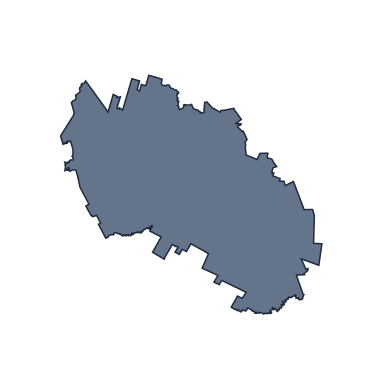 General Terán, Nuevo León, Mexico, rotated 21°
{"feature_id": "50627088B34198183726850", "entity_name": "General Terán", "entity_type": "district", "adm_level": 2, "iso_a3": "MEX", "parent_name": "Mexico", "parent_adm1": "Nuevo León", "projection": "mercator", "projection_center": [-99.219, 25.27], "detail": "fine", "context": "isolated", "style": "filled", "palette": "slate", "viewbox_px": 384, "rotation_deg": 21, "n_neighbors": 0, "source": "geoboundaries", "source_scale": "gbopen_adm2", "svg_char_len": 6063}
<svg xmlns="http://www.w3.org/2000/svg" viewBox="0 0 384 384"><g transform="rotate(21 192 192)"><path d="M189.5,107.5L182.9,106.3L181.4,106.4L175.6,103.6L173.9,102.6L171.7,103.7L174.6,113.7L171.3,115.3L170.9,114.2L169.2,114.3L168.8,113.5L164.4,113.7L163.1,113.4L160.2,110.4L157.8,112.1L156.1,112.6L154.6,112.8L154.3,113.2L153.6,113.2L153.2,113.5L153.0,113.9L153.8,114.5L153.5,116.6L153.3,117.1L152.4,118.0L151.1,119.2L150.9,119.1L150.6,119.3L149.4,118.5L149.3,117.3L149.0,116.9L147.8,116.5L147.5,116.3L147.7,115.7L147.2,113.6L147.4,112.8L147.1,112.1L146.6,111.9L146.0,112.3L145.9,111.5L145.3,111.5L145.3,111.2L144.9,111.0L145.5,109.7L144.8,109.0L144.0,108.6L143.2,107.1L143.4,105.9L143.0,105.4L143.7,105.0L144.1,104.6L143.7,104.3L143.6,103.7L141.5,102.9L141.3,102.6L140.5,102.4L140.2,102.7L139.2,102.8L138.4,102.8L137.5,102.4L134.6,102.5L133.0,100.9L132.4,100.5L131.6,100.6L130.3,101.1L129.3,102.0L128.2,102.6L127.0,102.8L125.9,102.7L124.8,102.0L124.3,101.3L124.0,100.5L124.1,99.8L123.7,97.5L121.5,97.5L109.9,98.5L110.7,109.4L106.2,109.8L106.8,116.6L104.0,116.1L103.3,107.1L95.3,107.8L97.9,140.3L94.0,139.4L94.1,140.8L91.9,140.8L91.0,128.8L88.2,130.8L88.1,129.6L83.5,129.1L85.0,147.4L52.9,126.4L52.4,128.9L52.0,129.4L51.0,129.9L50.6,130.4L50.2,130.6L50.1,131.4L50.0,131.6L50.4,132.0L51.2,132.2L49.9,134.6L49.9,135.2L50.2,136.6L51.1,137.1L51.5,138.9L51.3,139.5L50.4,140.6L49.6,142.1L48.8,143.1L48.7,143.6L50.1,145.9L50.3,147.1L48.1,149.9L47.7,151.3L47.3,151.7L53.4,160.0L53.9,163.0L49.2,186.8L54.5,193.7L55.4,192.9L54.9,192.3L55.9,191.4L56.4,192.2L58.0,191.1L57.0,189.8L57.7,189.2L58.2,189.8L60.3,188.0L66.1,195.5L66.2,196.8L66.9,197.9L67.3,199.5L67.3,201.6L68.0,201.4L68.6,202.9L69.4,203.8L69.4,204.7L67.0,205.7L66.7,207.1L66.4,207.1L66.7,208.3L65.3,208.6L65.5,209.3L64.7,209.5L64.8,209.7L62.5,209.7L63.7,211.2L63.8,212.1L64.3,211.7L65.7,217.6L66.6,216.7L67.5,216.4L67.1,215.1L68.0,213.6L68.2,214.1L68.7,213.9L68.7,214.2L68.3,214.3L68.5,214.9L68.1,215.0L68.5,216.2L69.8,215.7L70.3,216.5L73.3,213.7L75.6,213.3L76.0,213.6L79.4,218.0L85.9,227.9L100.2,240.3L97.9,243.1L106.4,250.3L107.0,249.8L108.0,250.7L111.4,248.1L117.8,253.8L116.2,255.6L128.0,266.0L128.8,265.1L129.7,264.6L129.6,264.1L129.9,263.8L130.1,263.0L130.1,262.3L130.6,261.7L131.5,260.9L132.3,260.9L133.0,260.2L133.8,260.2L134.2,260.0L134.3,259.5L134.0,258.6L134.5,257.6L135.9,257.1L136.8,257.3L137.2,257.6L138.8,257.0L139.7,257.3L140.8,256.8L141.3,257.5L141.8,257.4L142.0,257.8L143.2,257.8L143.9,257.2L143.8,256.8L144.2,256.1L144.8,256.1L145.1,256.5L145.6,256.6L146.2,256.4L146.1,256.0L147.0,255.1L147.9,254.9L148.0,255.1L147.7,255.6L148.1,255.7L149.4,254.8L149.4,254.5L149.9,254.2L150.1,254.1L150.5,254.4L150.5,253.8L151.1,253.7L151.3,252.9L151.2,252.7L150.8,252.5L150.7,252.0L151.0,251.8L151.7,251.9L151.9,252.6L152.2,252.7L152.4,252.4L152.6,250.9L153.8,250.5L155.3,248.9L155.4,249.2L155.8,249.5L156.1,249.4L156.0,248.9L156.9,248.6L157.5,248.5L158.1,248.7L158.6,248.4L158.7,248.6L159.0,248.3L158.6,247.9L158.9,247.5L158.7,247.5L158.8,247.3L158.5,247.1L158.8,246.9L159.3,247.2L159.6,247.0L159.8,247.1L160.2,246.7L160.1,244.5L161.3,244.0L161.2,243.4L162.2,242.9L162.5,241.9L163.3,242.0L163.4,241.9L163.2,241.6L163.5,241.4L164.4,241.0L164.5,241.2L164.2,241.5L164.2,241.8L165.0,241.9L165.4,241.7L165.7,241.0L165.3,239.5L165.7,239.3L166.2,239.7L166.4,239.6L166.1,238.1L166.3,237.9L167.3,237.9L166.6,243.6L179.3,245.0L176.8,262.4L190.1,264.7L190.2,263.8L189.9,263.6L192.5,248.2L196.4,248.7L196.5,248.2L198.8,248.5L197.7,254.2L202.5,254.8L203.5,249.0L208.1,249.6L209.6,240.8L224.6,242.8L229.5,243.8L228.7,259.5L246.1,260.6L244.8,268.3L250.6,268.7L251.4,263.9L278.5,266.2L276.9,273.3L271.8,272.8L269.9,285.5L274.0,286.2L274.1,285.8L277.0,286.5L277.4,285.3L278.2,285.9L280.3,286.5L281.1,285.9L281.1,285.3L280.9,284.8L281.1,284.4L282.0,283.9L282.9,284.1L283.9,283.8L284.7,283.9L285.5,282.3L285.1,281.1L285.2,280.7L285.4,280.4L286.4,280.1L287.1,280.2L288.0,280.7L289.6,280.6L290.9,281.6L291.3,281.5L292.0,281.0L293.1,281.4L293.7,282.4L294.8,282.5L295.4,282.1L295.2,281.3L295.6,281.3L295.9,281.8L296.3,281.9L297.6,280.3L298.0,280.3L298.6,280.9L299.2,280.2L300.3,279.7L301.1,279.7L302.0,280.3L302.8,280.2L303.5,279.0L304.2,279.0L304.9,278.7L305.5,278.8L305.9,278.6L306.3,277.8L307.3,277.8L307.8,276.6L308.6,277.3L308.8,277.3L309.5,276.5L309.4,275.7L308.9,275.4L307.5,275.2L307.3,274.8L307.6,274.1L308.7,273.0L309.2,272.8L309.7,273.0L310.0,272.7L309.7,271.8L308.7,271.7L308.7,271.3L308.8,271.1L311.6,271.1L311.8,271.3L311.5,271.9L311.9,272.1L312.3,272.0L312.8,271.5L313.2,271.5L313.6,271.7L314.0,272.8L314.5,273.0L314.8,272.6L314.6,271.9L314.8,271.3L315.6,270.9L315.8,270.5L315.7,269.7L315.2,269.3L315.2,269.0L316.1,268.4L316.9,268.2L317.1,267.1L316.8,266.1L315.8,265.8L315.7,265.4L316.6,264.9L317.8,264.9L318.2,264.5L318.5,263.8L318.4,263.3L318.1,263.1L316.4,262.8L316.0,262.4L315.9,261.9L316.2,261.5L316.8,261.2L318.5,261.3L318.9,261.1L319.0,260.2L318.0,259.2L317.9,258.8L318.1,258.7L318.4,258.8L318.9,258.6L320.0,257.8L320.4,256.5L320.2,256.1L319.6,256.3L319.8,255.5L320.5,255.2L322.7,254.9L323.0,254.6L322.8,253.9L323.0,253.4L324.9,252.4L325.1,252.1L325.1,251.3L325.5,251.0L326.1,251.3L326.1,252.4L327.3,253.9L327.9,253.1L328.2,253.1L328.4,253.4L328.7,253.4L329.2,253.1L329.4,252.7L329.6,252.9L330.2,254.1L331.6,253.8L333.1,252.7L333.5,251.9L333.2,251.7L333.2,247.7L332.5,247.8L319.2,232.2L326.7,228.9L325.7,228.1L328.3,223.8L327.7,221.9L326.0,223.3L318.0,215.3L336.7,215.0L331.8,193.8L323.9,196.4L314.7,170.2L310.8,165.1L303.0,168.3L282.9,145.8L276.8,152.6L274.0,149.0L269.9,150.5L269.4,147.9L269.2,148.0L261.8,147.9L261.5,144.9L259.8,145.9L259.0,141.6L259.0,140.4L262.0,137.9L258.3,135.7L254.7,132.7L249.8,133.1L249.0,128.7L248.8,128.6L241.6,131.6L241.0,138.3L229.4,138.1L226.0,131.8L225.3,129.0L223.6,126.3L224.6,123.3L221.5,120.2L221.0,119.5L219.9,118.8L218.3,117.1L218.0,117.6L217.0,117.0L216.8,117.3L210.8,114.5L212.8,112.3L213.7,111.7L213.2,110.7L210.0,112.0L208.5,112.3L212.1,106.6L201.4,99.6L201.1,98.9L192.9,104.1L189.7,105.5L189.5,107.5Z" fill="#64748b" stroke="#1e293b" stroke-width="1.5"/></g></svg>